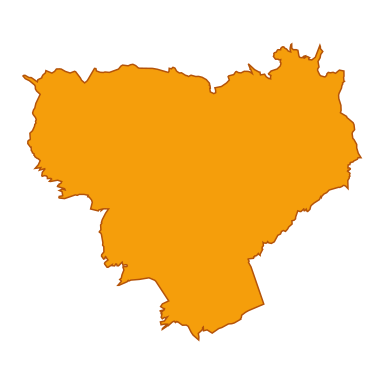 Zapotlán el Grande, Jalisco, Mexico (Albers equal-area conic projection)
{"feature_id": "50627088B58875742455013", "entity_name": "Zapotlán el Grande", "entity_type": "district", "adm_level": 2, "iso_a3": "MEX", "parent_name": "Mexico", "parent_adm1": "Jalisco", "projection": "albers", "projection_center": [-103.511, 19.698], "detail": "fine", "context": "isolated", "style": "filled", "palette": "amber", "viewbox_px": 384, "rotation_deg": 0, "n_neighbors": 0, "source": "geoboundaries", "source_scale": "gbopen_adm2", "svg_char_len": 5821}
<svg xmlns="http://www.w3.org/2000/svg" viewBox="0 0 384 384"><path d="M319.9,45.3L315.3,57.3L311.8,59.9L308.9,59.6L308.7,58.5L309.6,57.7L307.5,56.6L306.4,56.5L304.5,58.1L303.8,57.9L305.4,56.6L305.6,55.8L303.9,56.2L302.4,57.5L301.3,57.7L299.6,57.3L298.9,55.8L297.9,50.3L296.3,49.7L293.4,49.7L291.8,48.4L291.7,44.0L290.9,44.6L290.2,47.8L290.1,49.4L290.7,51.9L288.3,51.1L286.5,49.0L284.7,48.1L283.8,46.9L282.3,46.9L280.8,48.3L280.6,49.8L278.0,49.7L277.4,50.1L276.2,52.2L274.5,52.7L273.8,53.6L274.0,55.0L273.4,56.4L275.5,59.2L278.1,59.2L279.1,59.9L280.7,59.6L280.2,62.1L280.9,62.9L280.8,64.3L280.1,66.2L277.1,69.0L271.1,71.0L268.5,73.7L268.9,74.5L270.9,75.4L270.5,77.0L270.6,78.8L269.8,78.4L269.1,78.7L266.2,76.8L264.6,74.2L260.5,74.9L259.9,72.1L259.1,72.1L254.7,69.7L248.3,63.8L250.1,68.5L250.1,69.3L250.7,69.3L252.3,73.6L250.0,72.0L248.2,71.4L244.2,71.3L241.0,72.9L238.4,72.6L236.4,71.5L235.7,71.8L233.7,74.6L228.9,75.8L228.1,76.6L229.3,80.0L226.5,83.0L221.4,86.5L214.9,87.8L215.6,90.1L215.7,92.7L213.8,93.6L210.3,91.9L209.8,88.4L210.3,88.3L210.2,87.0L209.9,85.2L209.4,85.2L209.5,83.3L206.3,79.6L202.2,77.3L198.7,76.4L195.7,76.5L191.0,75.2L188.5,76.5L186.7,75.5L186.0,75.6L181.5,72.8L179.4,73.0L177.5,71.8L176.5,71.0L175.0,68.2L173.3,67.4L172.7,67.4L171.5,68.8L169.2,68.3L169.0,71.4L168.2,72.4L157.5,69.3L152.6,68.4L139.5,68.2L138.3,67.9L135.7,65.6L132.9,64.3L130.6,64.7L128.2,65.8L122.6,65.1L120.9,66.1L118.5,69.1L109.4,72.4L105.0,72.0L103.3,72.5L100.1,72.3L96.4,70.9L95.9,68.6L94.5,68.4L87.9,79.7L86.9,81.1L84.6,82.9L81.5,80.2L80.4,78.0L75.7,71.8L74.6,71.3L70.1,73.0L65.3,71.4L61.3,69.1L59.7,68.9L56.4,69.0L54.6,71.4L51.9,73.1L45.9,70.6L45.4,72.9L43.1,74.8L42.0,76.6L41.8,77.8L37.9,79.7L37.3,81.8L31.3,77.6L28.9,77.5L25.0,75.3L23.7,75.4L23.0,76.0L25.3,78.7L29.4,80.7L34.6,85.0L35.3,86.4L35.4,88.9L36.6,91.0L40.2,94.3L35.9,103.3L34.8,108.0L33.5,110.0L32.6,112.9L33.1,114.4L35.5,117.6L36.3,119.8L35.5,121.2L35.9,123.1L34.8,124.4L34.5,126.3L32.5,130.7L29.9,133.2L30.3,139.1L30.1,139.6L28.5,140.4L27.9,141.2L27.8,143.6L30.5,147.2L31.1,147.1L31.3,150.6L32.1,151.4L32.4,152.8L34.0,153.8L34.0,155.3L34.4,155.4L35.0,156.8L37.2,158.4L38.2,158.7L40.2,160.6L38.3,164.8L35.1,168.4L40.8,167.6L39.4,170.2L44.7,168.7L44.8,169.2L42.3,172.4L41.8,175.6L42.2,176.3L44.5,175.6L46.5,176.0L47.3,176.9L47.4,178.6L50.8,178.4L51.4,178.7L51.6,179.1L49.4,181.3L50.4,181.5L57.7,180.2L61.7,181.6L60.9,183.3L59.0,184.2L59.1,184.9L57.9,185.4L57.5,186.5L64.6,188.7L65.1,189.9L62.4,189.1L59.3,190.5L62.0,191.6L62.7,195.4L62.6,195.8L59.2,196.4L58.9,197.4L59.2,198.0L64.6,198.6L75.3,194.9L77.3,195.3L79.2,194.4L84.2,194.4L88.2,195.3L87.7,196.7L89.2,197.1L91.5,199.9L92.3,202.3L90.6,209.0L98.3,210.9L98.9,209.9L101.8,209.2L101.4,210.4L103.5,208.8L108.6,208.9L105.6,213.2L102.3,219.6L101.4,222.5L101.8,223.1L100.6,225.0L100.9,229.8L99.3,231.7L99.4,232.3L100.6,232.9L101.4,234.3L102.9,242.9L102.6,245.1L103.8,246.7L103.9,251.9L101.7,254.7L101.5,256.1L103.6,259.1L104.9,258.6L104.9,257.3L105.6,256.6L108.0,260.0L105.1,262.3L104.5,263.3L104.7,264.1L107.0,267.2L108.0,267.3L112.0,264.8L111.7,265.6L114.6,265.9L115.9,263.9L116.6,264.1L117.1,265.8L118.5,265.8L122.1,262.2L123.0,265.2L125.9,264.6L126.9,264.9L127.3,265.9L126.7,266.6L123.2,266.7L122.9,267.0L123.9,270.0L122.0,274.8L121.3,278.1L119.7,279.5L121.1,280.7L121.3,281.4L117.9,285.3L119.0,285.3L127.2,281.7L128.2,280.4L128.9,281.0L130.9,280.1L139.4,279.4L149.0,277.8L154.8,280.3L155.9,281.4L168.7,300.9L162.4,303.9L160.6,306.6L163.7,308.6L164.5,308.6L164.3,309.8L160.2,310.8L160.3,311.2L162.4,311.4L160.9,313.0L162.0,314.0L161.5,314.5L161.7,316.0L161.1,317.1L162.3,318.8L164.4,317.4L165.1,317.8L167.4,316.9L164.4,321.0L160.4,321.9L161.1,324.8L164.7,324.1L167.1,324.2L162.4,328.6L162.3,329.4L167.0,326.2L167.7,324.8L168.3,325.6L172.5,321.9L174.2,321.2L175.4,322.5L176.2,321.5L177.0,322.1L177.6,321.7L182.4,325.2L186.3,325.1L188.2,326.3L191.2,332.3L193.1,335.1L198.7,340.0L198.9,337.0L198.3,333.4L201.8,330.3L202.7,328.6L202.6,327.6L203.3,327.0L203.5,330.8L207.1,329.9L212.2,333.1L218.8,328.5L221.9,327.5L228.5,323.9L231.8,323.7L234.4,322.9L240.8,319.2L240.5,318.7L241.3,317.7L241.7,315.2L245.5,312.3L248.5,310.6L263.8,304.1L251.0,266.9L248.5,262.4L249.1,261.1L248.1,259.4L248.2,258.9L253.5,258.3L253.8,256.8L254.6,256.8L254.7,256.0L256.6,255.6L258.3,253.5L258.9,254.5L260.1,255.3L260.0,254.5L262.7,249.3L262.1,248.9L262.2,247.1L263.4,245.7L263.1,242.5L263.7,243.0L266.0,243.2L267.0,242.8L267.6,241.6L268.8,242.9L271.4,243.4L274.3,241.8L277.8,235.3L280.5,234.0L281.5,231.5L283.3,230.5L285.5,231.4L287.5,229.2L288.8,226.9L292.1,224.0L291.9,220.8L294.1,220.2L295.5,218.9L295.7,216.9L297.8,210.8L300.1,211.6L301.0,211.5L303.6,209.2L303.7,208.3L304.1,210.7L304.8,210.8L306.2,209.1L307.1,211.4L307.7,211.5L309.9,209.4L310.7,206.3L311.5,205.2L314.1,203.0L319.4,199.6L320.7,196.7L321.3,197.6L321.8,196.2L324.1,193.9L326.6,192.7L329.2,190.0L338.5,187.3L339.8,187.4L342.1,186.4L343.0,185.6L344.0,185.4L345.5,186.0L348.0,188.6L347.8,180.5L349.2,178.1L349.3,176.6L349.9,176.2L349.5,174.6L350.0,173.3L347.5,171.1L347.9,170.4L348.9,170.3L349.4,169.6L350.2,169.3L350.3,168.7L349.6,168.0L347.9,167.9L348.2,164.9L349.9,164.6L349.9,163.2L350.5,163.1L350.7,162.4L352.9,162.0L353.8,161.0L357.4,159.2L358.1,157.7L361.0,157.7L358.3,153.3L356.7,148.0L356.7,144.4L354.0,139.6L352.8,138.3L352.1,133.5L352.6,132.1L354.6,129.7L354.0,124.7L353.1,122.7L346.9,117.5L346.6,116.4L340.4,112.7L341.1,110.5L340.9,105.3L338.8,98.6L338.6,95.2L339.0,93.5L341.5,88.1L341.9,85.5L342.8,83.9L342.5,83.0L344.4,81.3L343.9,81.1L343.6,77.3L344.0,76.2L343.9,71.0L339.4,70.1L335.5,73.3L333.1,72.3L330.4,72.8L328.3,72.4L326.9,73.8L326.7,75.0L325.4,76.7L324.6,76.9L320.9,75.9L319.7,74.8L317.6,70.5L317.7,68.8L319.0,67.0L318.0,61.5L320.1,57.8L320.7,54.5L322.8,51.5L320.4,48.6L320.4,46.7L319.9,45.3Z" fill="#f59e0b" stroke="#b45309" stroke-width="1.5"/></svg>